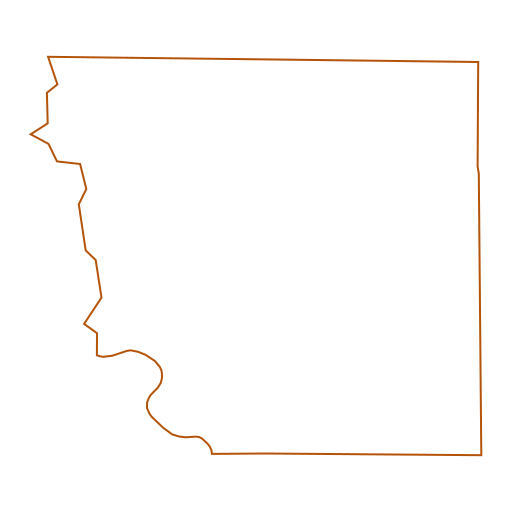 Andrew, Missouri, United States of America
{"feature_id": "52423323B15965719285225", "entity_name": "Andrew", "entity_type": "district", "adm_level": 2, "iso_a3": "USA", "parent_name": "United States of America", "parent_adm1": "Missouri", "projection": "mercator", "projection_center": [-94.923, 39.975], "detail": "fine", "context": "isolated", "style": "outline", "palette": "amber", "viewbox_px": 512, "rotation_deg": 0, "n_neighbors": 0, "source": "geoboundaries", "source_scale": "gbopen_adm2", "svg_char_len": 744}
<svg xmlns="http://www.w3.org/2000/svg" viewBox="0 0 512 512"><path d="M478.8,173.7L477.6,166.4L478.2,62.0L48.1,56.8L57.4,84.4L46.9,92.8L47.7,123.3L30.7,134.3L48.5,143.9L57.0,161.4L80.1,164.0L86.3,189.0L78.8,204.3L85.7,250.4L95.7,260.1L101.5,297.6L84.1,323.9L97.0,333.2L96.9,355.3L100.0,356.3L103.3,356.8L112.4,355.7L126.5,351.0L130.5,350.3L138.1,351.8L145.7,354.9L154.9,361.0L159.8,366.9L161.4,370.3L161.9,373.0L162.0,377.8L160.8,382.8L157.9,387.6L150.7,394.9L148.8,398.1L147.1,402.4L147.0,408.1L149.7,414.1L151.8,416.9L163.1,427.7L172.2,434.4L179.1,436.5L185.8,437.3L196.1,436.6L199.2,437.1L201.7,438.3L207.5,443.6L209.8,446.7L211.4,450.2L211.9,453.9L265.6,453.5L481.3,455.2L478.8,173.7Z" fill="none" stroke="#b45309" stroke-width="2"/></svg>